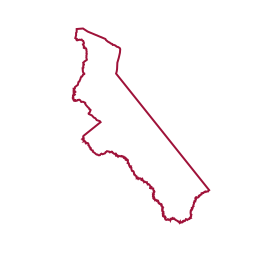 Malai, Bântéay Méanchey, Cambodia (Natural Earth projection), rotated 232°
{"feature_id": "14789045B32583136425943", "entity_name": "Malai", "entity_type": "district", "adm_level": 2, "iso_a3": "KHM", "parent_name": "Cambodia", "parent_adm1": "Bântéay Méanchey", "projection": "natural_earth1", "projection_center": [102.55, 13.526], "detail": "fine", "context": "isolated", "style": "outline", "palette": "rose", "viewbox_px": 256, "rotation_deg": 232, "n_neighbors": 0, "source": "geoboundaries", "source_scale": "gbopen_adm2", "svg_char_len": 5855}
<svg xmlns="http://www.w3.org/2000/svg" viewBox="0 0 256 256"><g transform="rotate(232 128 128)"><path d="M234.1,153.8L237.6,148.5L235.2,146.6L234.9,145.6L233.0,144.2L231.3,141.8L229.9,142.5L229.4,141.7L228.6,141.7L228.2,142.2L227.6,144.0L226.9,144.5L226.2,145.9L224.7,145.9L224.2,146.3L222.3,145.7L221.6,145.1L221.7,144.0L220.0,143.6L219.6,143.7L218.7,142.8L218.4,143.2L218.0,142.7L217.5,143.0L216.9,143.8L216.5,143.9L215.5,143.6L215.0,143.1L213.7,142.5L212.4,141.2L211.8,141.2L210.6,139.7L210.0,139.4L209.3,138.6L207.1,137.6L207.1,135.5L207.3,134.8L207.1,134.4L207.1,133.0L206.6,132.9L206.0,132.2L205.3,132.5L205.0,132.3L204.7,131.2L204.3,130.7L203.3,130.3L203.0,130.0L203.1,129.1L202.7,129.1L202.2,128.7L201.8,128.1L200.7,127.6L200.3,127.2L198.6,126.7L197.9,127.1L197.4,126.7L197.7,125.3L197.2,124.5L196.9,123.5L196.9,123.0L197.2,122.8L196.7,121.7L195.6,120.2L195.0,118.8L194.6,118.4L194.7,117.2L192.9,115.1L192.9,111.5L192.7,111.1L192.0,110.6L192.0,110.0L192.3,109.5L191.6,109.4L191.6,108.7L191.0,108.2L190.3,108.5L190.0,107.6L189.6,107.8L189.7,108.1L189.5,108.7L189.1,108.9L188.8,108.7L189.1,107.8L188.9,106.6L188.4,106.4L188.0,105.9L187.7,106.7L187.1,106.8L187.0,106.5L187.2,105.3L187.5,105.2L187.6,104.8L187.1,104.3L186.6,104.3L186.0,103.2L185.4,102.8L185.0,103.3L184.0,102.4L183.1,102.3L183.0,103.2L182.6,103.6L182.0,102.9L181.6,103.3L181.0,104.6L180.8,105.4L181.0,105.7L180.3,107.0L179.2,107.4L177.3,107.2L176.4,108.7L174.5,109.7L173.9,109.7L173.6,109.2L172.0,109.0L168.8,109.2L168.3,109.4L167.0,109.4L166.5,109.1L165.7,109.6L165.2,109.6L164.1,107.8L163.9,107.2L163.8,106.0L163.2,105.7L160.2,107.3L157.3,107.5L155.8,108.3L153.5,108.2L150.8,110.0L149.5,110.0L149.2,88.1L149.0,87.9L148.8,87.4L148.0,86.8L147.4,86.9L147.4,85.3L146.6,85.7L146.5,85.3L146.1,85.5L145.4,85.3L145.0,85.8L144.6,85.8L144.5,85.3L144.3,85.7L143.5,86.0L142.4,85.4L141.7,85.4L141.7,86.3L140.6,87.1L139.4,86.9L139.0,86.2L138.7,86.1L137.7,86.4L136.5,85.9L136.3,86.2L135.0,86.3L134.8,85.6L134.3,85.4L132.5,85.9L131.9,86.4L130.9,85.7L128.9,86.4L127.0,86.7L126.3,87.0L125.8,87.7L124.8,87.9L124.3,88.4L123.9,89.2L124.2,90.3L124.1,91.3L123.0,91.8L122.2,94.3L122.7,95.4L122.5,95.6L122.7,97.1L121.6,98.1L120.7,98.5L120.6,98.8L120.0,98.7L119.4,100.3L119.4,100.6L119.0,100.9L118.0,100.6L117.6,100.9L116.6,101.0L115.7,101.6L115.6,102.3L115.2,102.7L114.8,102.6L114.4,102.0L114.1,102.2L114.1,101.8L113.5,101.5L112.3,102.9L112.1,102.5L111.5,102.5L111.6,103.2L111.1,104.0L109.4,105.5L109.8,105.8L109.6,106.0L108.7,106.2L108.3,106.8L107.6,106.5L107.2,107.1L106.8,106.7L106.6,107.1L106.3,107.0L106.0,107.4L105.8,107.2L105.5,107.6L105.2,107.6L105.0,107.2L104.7,107.4L104.4,107.2L104.2,106.7L103.9,106.8L103.8,107.1L104.1,107.4L103.6,108.1L103.3,108.1L103.1,107.4L102.4,107.9L101.1,106.8L100.1,106.8L100.2,106.3L99.2,106.6L97.6,105.8L97.4,106.0L96.5,105.7L96.6,106.2L96.1,106.6L96.0,106.3L95.2,105.9L94.9,105.9L95.0,106.2L94.6,106.2L93.8,105.5L92.0,104.8L91.5,104.8L91.1,105.4L90.3,105.6L89.4,105.3L89.1,105.0L88.3,104.9L88.1,104.5L87.4,104.2L86.5,104.7L86.0,104.5L84.6,105.0L84.3,104.9L84.1,104.4L83.6,104.2L83.4,104.4L83.0,104.0L82.6,105.0L82.1,104.6L81.6,104.6L81.7,105.2L81.0,106.5L80.7,106.6L80.6,106.3L79.9,107.0L79.6,107.0L79.3,108.0L78.4,107.6L78.5,107.2L78.4,106.8L77.0,107.7L76.6,107.5L75.9,107.7L75.4,107.4L75.2,108.3L74.5,108.5L73.7,109.5L73.0,109.0L72.0,109.1L71.4,108.8L71.1,109.6L70.8,109.5L70.1,109.9L69.3,109.9L68.1,109.6L67.4,110.1L67.2,109.7L67.3,108.7L67.1,108.5L66.7,109.0L66.1,109.0L65.7,110.0L65.2,110.1L64.8,110.6L63.7,109.9L62.8,109.6L62.5,109.8L62.0,109.2L61.4,109.4L61.1,108.6L60.4,107.8L60.7,107.5L60.2,107.4L60.2,107.0L59.6,107.1L59.6,106.4L58.7,106.2L58.9,105.7L58.6,105.4L57.9,105.5L56.9,104.6L55.8,104.8L55.5,105.0L55.7,105.3L54.3,104.8L54.2,105.1L54.4,105.3L54.1,105.8L52.8,105.8L52.7,106.6L52.3,106.6L52.1,106.9L51.0,106.5L50.8,106.1L49.9,105.9L49.8,106.3L48.8,106.3L48.8,106.6L47.5,106.8L47.4,107.2L46.6,106.6L46.4,107.0L45.8,106.6L44.4,106.7L44.1,106.0L43.5,106.3L43.1,105.1L42.6,104.6L42.2,104.7L42.0,104.2L41.8,104.1L41.7,104.5L41.4,104.3L41.4,104.0L41.0,103.9L40.8,104.2L40.0,104.3L39.3,103.5L39.3,102.9L39.0,102.9L38.6,102.5L38.2,102.8L38.0,101.9L36.9,101.3L36.6,101.4L36.3,102.2L35.8,102.7L34.8,102.6L35.0,102.2L35.0,101.9L34.3,101.9L33.8,101.4L32.9,101.2L32.1,101.5L31.6,102.3L31.9,102.8L31.4,103.5L30.6,103.9L30.4,103.8L30.0,104.8L29.3,104.6L29.9,105.5L29.8,105.9L29.4,105.8L29.3,106.1L29.7,106.2L29.4,106.5L29.4,107.0L29.7,107.1L29.6,107.9L29.4,107.9L29.3,107.6L28.7,107.8L28.7,107.4L28.0,108.3L28.0,108.7L27.2,108.6L26.6,109.0L26.0,109.0L24.1,109.9L23.8,109.8L23.4,110.1L22.3,110.2L22.3,110.8L22.0,110.8L22.1,111.2L21.2,110.6L21.1,111.7L20.3,112.3L20.3,113.1L20.7,112.9L20.7,113.3L20.1,114.1L20.1,114.4L20.7,114.5L20.6,114.9L20.1,115.8L19.8,115.5L19.7,115.7L20.0,116.4L20.0,117.5L20.3,117.7L19.6,118.2L19.1,118.3L19.2,118.6L18.5,120.4L18.6,120.6L18.9,120.5L19.1,121.1L18.6,121.4L18.4,122.1L19.2,122.1L19.3,122.9L19.6,123.4L20.0,123.4L20.6,124.6L20.9,124.6L21.2,124.3L21.8,124.5L22.7,125.3L22.9,125.3L23.5,126.1L24.0,126.2L24.2,126.7L24.0,127.3L24.1,127.6L24.5,127.6L24.4,128.3L24.7,129.0L25.6,128.9L25.8,129.1L25.4,129.9L26.0,130.7L26.0,131.5L26.9,131.8L27.8,133.5L28.7,134.0L28.9,134.7L29.5,135.3L29.4,135.8L28.9,136.0L29.4,136.6L29.9,137.6L30.2,137.7L30.4,137.4L31.0,137.9L31.3,137.9L31.6,138.8L31.4,139.2L30.8,139.0L30.2,140.1L30.2,141.3L30.9,141.9L31.0,142.2L30.9,142.9L30.5,142.9L30.7,143.7L30.4,145.1L31.3,145.7L31.1,146.6L30.3,147.4L30.6,148.3L30.4,149.8L29.7,149.9L29.5,150.9L28.7,152.1L29.1,152.8L29.1,153.7L178.2,152.1L179.5,153.9L181.1,155.6L186.0,159.8L189.1,164.1L192.3,168.0L194.9,170.4L195.9,170.7L197.6,170.2L199.2,169.1L200.6,168.9L201.9,168.2L202.6,167.7L202.9,167.1L204.1,167.2L205.3,166.4L206.9,166.1L207.5,165.6L208.9,165.2L210.9,164.8L212.1,165.0L228.8,155.6L234.1,153.8Z" fill="none" stroke="#9f1239" stroke-width="2"/></g></svg>